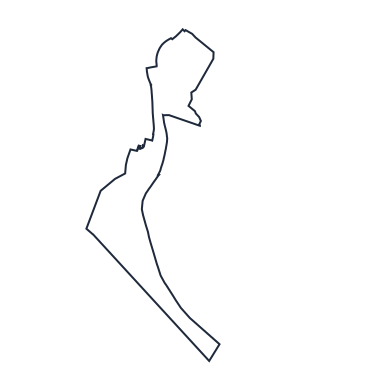 the district of Ismailiyya 1, Al Isma`iliyah, Egypt, rotated 122°
{"feature_id": "37247803B86792300989473", "entity_name": "Ismailiyya 1", "entity_type": "district", "adm_level": 2, "iso_a3": "EGY", "parent_name": "Egypt", "parent_adm1": "Al Isma`iliyah", "projection": "natural_earth1", "projection_center": [32.267, 30.608], "detail": "fine", "context": "isolated", "style": "outline", "palette": "slate", "viewbox_px": 384, "rotation_deg": 122, "n_neighbors": 0, "source": "geoboundaries", "source_scale": "gbopen_adm2", "svg_char_len": 2455}
<svg xmlns="http://www.w3.org/2000/svg" viewBox="0 0 384 384"><g transform="rotate(122 192 192)"><path d="M279.1,262.1L280.6,252.6L293.8,204.9L326.2,87.9L306.5,88.0L300.0,127.0L296.2,140.0L292.4,148.4L291.4,150.4L289.9,153.4L284.3,165.2L283.6,167.0L280.8,172.0L279.5,174.3L273.4,181.5L271.9,183.4L264.5,191.7L257.2,200.0L253.3,204.3L252.7,204.9L249.2,208.2L246.6,211.2L245.0,213.1L237.4,221.4L233.2,225.4L230.6,226.7L225.6,229.2L217.6,230.4L215.9,230.3L212.0,230.2L210.3,230.0L203.2,229.7L200.8,229.5L198.0,229.4L195.5,229.2L195.1,229.1L195.4,229.9L194.1,229.9L190.7,230.3L189.8,230.5L188.7,230.9L187.0,231.3L186.1,231.6L184.8,231.8L179.9,233.2L178.1,233.9L176.8,234.3L173.7,235.4L171.7,236.2L169.7,236.9L165.3,238.7L165.1,238.8L162.9,239.7L161.2,240.6L159.8,241.4L159.6,241.5L159.4,241.6L158.7,242.2L158.3,242.6L158.2,242.7L158.1,242.8L157.4,243.3L156.5,244.0L155.0,245.3L152.8,247.5L150.2,250.2L148.0,252.4L144.2,255.6L142.2,257.3L142.2,257.2L139.0,252.3L136.9,243.1L134.8,234.0L133.2,227.1L131.7,220.4L131.5,220.5L131.3,220.6L130.5,221.8L127.1,222.1L125.2,224.8L124.6,225.8L123.8,228.9L123.4,230.4L121.9,232.3L120.8,240.6L113.5,241.3L108.0,245.3L103.3,243.1L67.7,244.5L62.0,247.8L59.1,270.8L57.8,275.7L58.1,283.2L59.6,283.5L59.0,286.1L62.7,286.7L68.4,288.1L72.9,289.7L72.7,291.3L75.4,292.8L77.7,293.9L80.5,294.9L83.1,295.5L85.6,295.6L87.4,295.6L90.5,295.2L92.1,294.9L92.3,294.9L92.5,294.8L93.9,294.4L95.7,293.8L97.6,292.9L99.9,291.7L103.4,289.0L103.5,289.0L104.2,288.6L108.7,293.6L110.5,295.4L111.0,296.1L113.8,294.0L117.4,290.8L118.5,289.5L119.4,288.4L121.5,285.5L121.6,285.4L122.6,283.7L122.8,283.9L123.1,283.9L124.0,282.8L126.7,280.6L131.6,277.0L136.4,273.5L141.3,270.2L146.2,266.9L151.0,263.3L155.8,259.7L158.5,257.8L160.6,256.8L163.8,255.6L163.8,255.4L163.7,255.2L165.0,254.6L167.1,253.8L169.5,253.0L169.7,253.9L171.6,259.5L175.3,258.2L178.1,257.2L178.4,258.5L178.7,258.4L178.9,258.3L178.7,257.6L178.6,257.1L178.8,257.0L179.0,256.9L180.2,257.1L180.2,257.5L180.3,257.5L180.5,257.2L180.8,257.3L180.8,257.7L180.7,257.7L180.6,257.9L180.6,258.0L180.6,258.3L180.7,257.9L181.1,258.0L181.6,258.1L181.6,258.3L181.6,258.5L181.7,258.3L181.8,258.2L182.5,258.5L182.9,258.7L183.1,259.3L182.9,259.3L182.7,259.4L180.4,260.3L180.5,260.5L180.9,261.8L182.7,261.5L184.5,260.8L185.3,260.5L185.4,260.8L186.1,260.4L186.3,260.4L188.5,266.7L197.5,264.7L204.1,262.4L211.7,258.5L221.6,264.2L239.4,270.1L279.1,262.1Z" fill="none" stroke="#1e293b" stroke-width="2"/></g></svg>